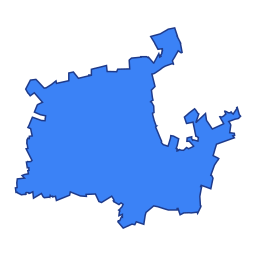 City of Tshwane, Gauteng, South Africa
{"feature_id": "47623444B80921072750836", "entity_name": "City of Tshwane", "entity_type": "district", "adm_level": 2, "iso_a3": "ZAF", "parent_name": "South Africa", "parent_adm1": "Gauteng", "projection": "mercator", "projection_center": [28.311, -25.594], "detail": "fine", "context": "isolated", "style": "filled", "palette": "blue", "viewbox_px": 256, "rotation_deg": 0, "n_neighbors": 0, "source": "geoboundaries", "source_scale": "gbopen_adm2", "svg_char_len": 5338}
<svg xmlns="http://www.w3.org/2000/svg" viewBox="0 0 256 256"><path d="M16.8,182.8L17.1,187.6L15.4,187.9L16.0,192.4L17.3,192.3L17.4,192.8L21.4,194.8L24.6,194.3L24.9,194.5L25.2,194.5L25.9,194.3L25.9,194.2L26.0,194.1L25.9,193.9L25.9,193.7L25.9,193.3L25.8,193.0L25.9,192.8L26.0,192.7L26.2,192.8L26.3,192.8L26.4,192.7L26.5,192.5L28.8,192.7L28.9,193.4L29.6,193.4L32.8,191.8L33.5,198.2L41.4,193.5L43.1,196.7L44.3,197.7L49.7,197.1L49.8,197.2L50.2,195.5L50.8,196.4L52.6,196.2L52.7,196.9L55.5,196.3L56.4,200.5L69.6,195.2L70.3,191.9L80.3,195.9L81.2,196.0L86.4,196.4L86.1,194.4L95.4,194.0L98.9,201.5L101.5,202.5L108.8,198.0L111.7,196.2L112.2,197.0L112.5,197.5L113.7,199.3L113.8,199.7L114.0,201.3L113.5,201.2L113.6,201.4L113.7,201.7L114.1,201.8L119.0,204.6L121.0,202.9L123.1,204.3L122.1,206.6L121.5,207.4L120.5,208.3L120.0,209.1L118.7,210.1L119.9,211.0L119.4,211.9L118.9,215.7L122.4,214.3L122.4,217.2L121.6,216.8L120.7,218.4L120.4,219.3L119.6,220.8L118.3,220.7L117.9,221.8L123.2,228.1L132.0,224.1L134.8,224.7L136.3,221.8L143.8,224.3L145.2,215.2L146.0,212.4L153.7,205.9L153.8,205.9L154.1,206.0L156.7,206.5L157.5,206.6L164.3,208.8L168.4,210.0L177.1,210.0L177.1,208.5L178.0,208.4L180.1,214.8L183.8,212.9L189.2,212.7L191.1,212.9L197.1,212.2L197.6,213.4L200.9,206.6L200.9,206.0L200.5,206.0L200.4,205.7L199.8,196.4L201.2,188.8L201.6,187.1L200.6,186.7L201.2,185.3L206.0,187.0L210.8,188.8L211.4,186.1L211.5,185.4L213.0,178.2L211.7,175.5L210.8,175.3L214.4,165.2L217.2,160.9L217.9,160.1L218.8,158.6L217.8,158.0L214.6,156.4L213.1,155.6L213.9,153.0L214.9,149.4L216.5,144.2L234.3,137.8L232.8,135.8L234.6,135.4L234.3,133.3L229.7,132.7L230.8,125.1L230.1,123.5L228.7,121.5L235.0,119.2L237.8,118.6L238.5,118.4L240.6,116.2L239.3,114.7L237.2,107.3L236.7,107.6L237.0,108.3L233.2,114.0L233.1,113.9L232.8,113.8L232.7,113.7L232.2,113.3L232.1,113.1L231.7,112.9L231.5,112.7L231.3,112.6L231.4,112.3L231.3,112.0L231.1,111.9L230.2,112.7L229.4,112.8L229.1,112.8L228.3,112.7L227.3,112.2L226.6,111.7L226.0,111.5L224.8,111.1L224.7,111.2L225.8,114.1L224.3,115.3L223.5,116.2L221.0,117.2L220.1,116.6L219.8,116.7L221.6,120.1L222.4,121.3L223.7,123.7L222.2,124.5L212.3,129.0L210.8,126.8L209.7,125.1L206.5,120.4L205.5,113.5L195.8,122.7L198.3,115.4L198.8,114.0L198.0,113.5L197.0,112.0L195.6,109.9L194.6,108.8L189.6,112.6L189.1,113.0L187.1,114.8L184.4,117.1L186.4,123.2L186.6,123.5L190.3,122.7L190.7,122.7L193.0,122.1L193.6,125.1L194.3,128.4L195.0,132.0L195.8,135.8L195.9,136.3L196.7,136.4L197.9,137.3L198.4,137.7L198.3,138.0L197.9,141.1L193.5,139.9L192.7,140.3L191.6,138.5L191.7,136.8L188.4,137.6L187.6,137.9L187.1,138.0L187.0,139.8L186.9,141.3L187.4,141.3L189.3,141.3L193.7,146.1L193.4,146.4L192.5,146.9L191.2,147.5L189.5,148.3L188.6,148.7L186.5,147.5L183.6,150.3L181.1,150.2L179.3,149.5L179.0,149.9L178.5,149.9L178.5,150.5L177.0,151.0L177.0,150.5L177.0,150.0L177.1,148.8L176.2,148.5L177.3,145.2L178.5,139.6L178.7,138.8L173.5,136.1L170.8,135.6L170.5,138.2L169.9,140.1L169.1,142.8L168.0,146.2L166.3,145.7L166.2,145.6L163.3,144.7L161.3,142.5L161.6,141.2L161.1,140.2L159.1,135.5L158.7,134.4L156.3,128.7L155.6,127.0L156.5,126.1L156.2,126.1L154.2,120.6L152.7,114.8L152.5,113.2L154.0,112.5L153.7,106.0L151.6,102.3L150.6,101.8L151.6,100.8L153.0,100.2L152.4,97.6L152.4,97.2L152.2,96.1L151.5,90.6L151.5,90.3L151.4,90.1L155.0,86.5L151.9,74.1L153.9,73.6L155.4,72.8L158.5,70.7L160.5,69.3L162.5,67.7L164.2,66.7L165.5,66.0L169.7,64.5L170.6,64.2L172.5,63.5L173.7,64.7L172.4,60.8L173.0,59.7L174.7,57.0L175.6,55.3L178.2,50.8L181.1,52.8L182.1,52.4L180.4,43.2L180.6,43.1L177.1,36.2L177.4,36.1L175.6,30.7L174.7,27.9L168.2,29.2L166.4,30.3L164.3,31.5L160.4,33.8L157.3,34.7L153.9,35.6L150.7,36.5L154.8,43.2L154.8,43.3L154.8,43.5L158.0,49.3L162.3,48.7L162.4,48.8L162.4,49.0L162.0,49.8L162.0,50.0L162.4,50.2L162.5,50.3L162.5,50.5L162.3,51.2L162.2,51.5L162.1,51.9L161.9,51.9L161.8,52.1L161.9,53.2L161.8,53.6L161.5,53.9L161.4,54.0L161.3,54.4L161.2,54.5L160.9,54.9L160.6,55.0L160.7,55.3L160.8,55.5L160.7,55.7L160.7,55.9L161.0,56.3L159.7,57.2L158.8,53.7L153.8,63.0L153.5,63.0L148.5,57.2L148.4,57.3L148.5,57.4L148.6,57.5L148.2,57.7L146.7,56.7L140.9,56.7L141.0,57.2L131.5,58.1L129.3,60.0L129.2,60.4L129.7,68.9L117.7,69.2L116.7,71.7L107.2,71.5L107.0,70.5L106.5,65.5L98.3,67.6L97.1,67.8L96.4,68.1L95.2,68.3L91.4,69.3L91.4,75.2L89.8,75.6L89.8,75.0L88.7,75.0L88.5,75.9L78.4,78.3L73.4,72.0L68.8,73.0L68.8,80.7L56.5,83.4L56.0,80.9L51.3,84.6L46.2,87.8L44.1,88.1L37.9,81.4L35.9,79.4L30.4,80.1L25.7,89.1L28.0,93.2L28.4,93.4L30.2,95.8L34.3,92.8L42.5,102.3L38.0,104.4L37.2,105.1L34.4,112.1L40.4,114.7L45.6,115.8L45.3,118.7L45.2,118.7L45.2,119.6L45.0,120.7L41.5,120.5L32.4,117.2L29.9,123.1L29.2,125.0L27.9,127.5L30.6,128.6L31.5,132.8L32.2,135.9L29.3,136.3L29.4,137.7L29.3,138.5L29.1,138.4L28.8,138.4L28.6,138.3L28.4,138.3L28.2,138.1L27.9,138.1L27.7,138.4L27.8,138.5L27.8,138.9L27.6,139.1L27.5,139.3L27.2,139.5L27.1,139.9L27.0,140.0L26.9,140.1L27.0,140.4L27.1,140.6L27.0,141.1L27.0,141.4L26.9,141.4L26.9,141.5L26.9,142.0L26.8,142.4L26.9,142.5L27.0,142.8L26.9,143.4L26.9,143.6L26.8,143.8L27.1,144.0L27.2,144.3L27.8,147.9L27.9,148.4L26.8,148.6L26.1,148.8L30.3,157.1L32.0,160.4L30.8,161.5L29.2,161.7L28.5,161.7L27.6,161.5L27.0,162.1L26.4,162.1L27.3,167.8L28.3,167.6L28.9,167.8L28.8,168.8L29.0,170.3L27.8,170.6L28.4,173.8L24.6,174.5L22.0,175.5L24.5,178.1L17.3,178.9L16.8,182.8Z" fill="#3b82f6" stroke="#1e3a8a" stroke-width="1.5"/></svg>